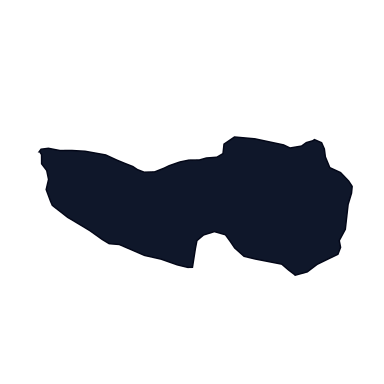 outline of Ludvika, Dalarna, Sweden, rotated 11°
{"feature_id": "70781695B24825049730842", "entity_name": "Ludvika", "entity_type": "district", "adm_level": 2, "iso_a3": "SWE", "parent_name": "Sweden", "parent_adm1": "Dalarna", "projection": "robinson", "projection_center": [14.755, 60.218], "detail": "fine", "context": "isolated", "style": "filled", "palette": "ink", "viewbox_px": 384, "rotation_deg": 11, "n_neighbors": 0, "source": "geoboundaries", "source_scale": "gbopen_adm2", "svg_char_len": 1160}
<svg xmlns="http://www.w3.org/2000/svg" viewBox="0 0 384 384"><g transform="rotate(11 192 192)"><path d="M34.4,181.5L34.7,181.4L37.2,184.0L39.0,193.0L45.3,198.6L48.8,207.0L48.4,217.4L55.0,228.2L57.5,231.8L74.8,240.6L86.5,244.8L99.1,249.4L112.9,255.7L120.5,258.5L124.4,258.1L130.6,257.4L157.5,263.3L174.5,263.8L191.4,266.3L202.2,266.8L206.4,265.9L206.8,265.8L206.1,246.7L206.1,238.8L211.5,232.0L221.5,226.6L233.0,227.6L239.2,233.4L244.6,238.8L255.4,245.2L266.9,245.7L280.8,245.7L293.9,245.7L301.6,250.1L308.5,253.5L309.1,254.0L320.4,248.4L328.7,239.1L338.9,231.4L347.1,225.3L348.4,218.0L345.8,211.6L349.6,199.4L347.6,174.4L348.8,162.7L348.2,156.5L348.1,155.9L343.7,151.4L334.1,144.6L322.6,141.8L316.2,132.1L313.7,124.5L309.8,118.9L302.2,117.2L300.9,118.6L294.8,121.7L290.8,126.0L279.8,130.1L272.9,128.3L243.6,127.8L223.2,129.9L214.3,138.9L215.1,148.4L209.8,153.1L199.6,155.9L193.1,159.2L182.9,161.3L174.7,164.7L172.7,165.8L164.5,170.6L160.1,173.9L151.5,179.4L141.3,181.7L134.0,180.4L129.1,178.3L120.9,176.8L112.0,175.0L100.2,172.1L79.4,172.4L65.9,174.2L54.5,176.5L42.7,176.5L35.7,178.8L34.4,181.5Z" fill="#0f172a" stroke="#020617" stroke-width="1.5"/></g></svg>